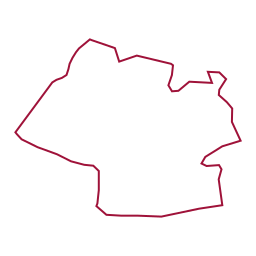 South Gloucestershire, Robinson projection
{"feature_id": "GBR-2046", "entity_name": "South Gloucestershire", "entity_type": "Unitary Authority", "adm_level": 1, "iso_a3": "GBR", "parent_name": "United Kingdom", "parent_adm1": "", "projection": "robinson", "projection_center": [-2.446, 51.538], "detail": "fine", "context": "isolated", "style": "outline", "palette": "rose", "viewbox_px": 256, "rotation_deg": 0, "n_neighbors": 0, "source": "natural_earth", "source_scale": "10m", "svg_char_len": 771}
<svg xmlns="http://www.w3.org/2000/svg" viewBox="0 0 256 256"><path d="M15.4,132.3L52.3,82.4L56.5,79.8L61.9,77.9L66.5,75.0L68.4,69.2L69.6,63.8L72.5,57.8L76.0,52.2L79.0,48.4L89.9,39.4L91.6,40.1L114.9,48.1L119.2,61.6L136.8,55.6L171.0,63.8L173.0,65.3L171.9,75.1L168.4,85.3L172.0,91.3L178.4,90.8L189.3,81.7L212.0,82.9L207.9,71.8L219.3,72.4L226.1,79.1L219.3,89.7L218.8,95.0L226.9,102.2L232.2,108.5L231.9,121.9L240.6,140.7L222.3,146.3L205.3,156.9L201.5,163.5L206.6,166.0L219.0,165.1L221.5,169.3L218.7,179.3L222.3,205.2L199.0,208.7L161.4,216.6L138.5,215.7L121.8,215.7L106.4,214.8L96.4,206.1L97.4,203.4L98.8,190.2L98.8,178.0L98.8,171.0L93.3,165.7L84.2,164.8L71.0,161.3L57.1,154.3L37.6,147.2L21.6,139.3L16.9,134.2L15.4,132.3Z" fill="none" stroke="#9f1239" stroke-width="2"/></svg>